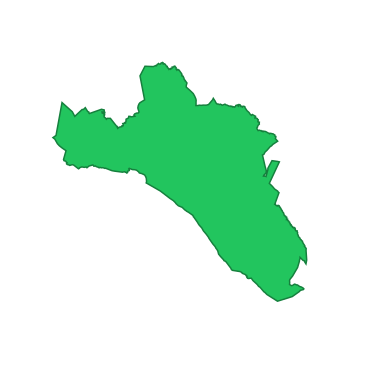 Ringerike nor, Buskerud, Norway, rotated 153°
{"feature_id": "86288312B88500439281521", "entity_name": "Ringerike nor", "entity_type": "district", "adm_level": 2, "iso_a3": "NOR", "parent_name": "Norway", "parent_adm1": "Buskerud", "projection": "albers", "projection_center": [9.963, 60.328], "detail": "fine", "context": "isolated", "style": "filled", "palette": "green", "viewbox_px": 384, "rotation_deg": 153, "n_neighbors": 0, "source": "geoboundaries", "source_scale": "gbopen_adm2", "svg_char_len": 6067}
<svg xmlns="http://www.w3.org/2000/svg" viewBox="0 0 384 384"><g transform="rotate(153 192 192)"><path d="M92.6,198.4L93.5,201.7L92.6,202.6L92.1,203.4L92.6,203.8L92.7,204.3L92.3,205.2L92.9,206.0L93.1,206.7L95.2,208.5L96.3,209.1L96.5,208.8L99.0,212.5L101.2,214.1L101.4,213.6L102.3,214.4L102.5,215.3L103.1,215.5L103.9,216.5L105.2,216.7L105.4,218.9L105.2,219.6L104.0,220.2L103.8,220.7L102.9,221.4L101.2,221.9L100.8,223.0L100.3,223.6L101.4,224.7L100.2,226.3L100.6,226.8L100.5,227.6L100.8,228.2L101.6,229.3L102.3,229.3L102.0,229.9L101.0,230.6L103.1,233.7L104.3,233.3L104.9,235.1L105.1,237.0L106.1,239.6L106.5,243.3L106.2,243.9L106.7,244.7L107.8,245.3L108.5,244.8L108.7,245.3L109.9,246.2L109.3,246.7L109.6,247.3L109.5,247.7L110.4,248.6L111.8,247.5L111.9,247.9L111.4,248.4L111.5,248.8L113.6,249.2L114.6,248.4L115.8,248.4L116.0,249.0L117.1,249.2L117.5,250.3L118.4,250.4L118.5,251.0L120.0,251.7L121.3,253.5L122.3,254.3L122.7,255.3L125.8,255.6L126.0,256.3L126.9,257.4L128.0,257.5L128.7,258.5L129.7,258.9L129.8,259.6L130.1,260.0L130.2,261.3L130.1,262.2L130.5,265.8L131.8,264.8L137.6,262.4L139.9,262.9L142.5,264.3L144.4,265.0L146.2,266.1L147.4,266.3L149.3,267.3L148.6,268.3L147.7,270.1L146.6,272.0L146.3,273.3L146.1,276.2L146.2,279.1L147.7,283.5L149.5,288.0L149.2,288.8L148.6,289.7L147.0,291.4L147.2,292.4L147.4,294.0L147.6,294.1L147.4,294.6L147.8,295.5L147.8,296.1L147.5,296.9L147.4,299.3L147.8,299.8L148.1,299.7L148.3,300.3L147.7,300.9L147.8,301.3L147.5,302.0L148.1,305.8L148.3,306.7L148.7,306.8L149.0,307.7L150.0,307.5L149.9,307.8L150.4,308.4L149.7,310.1L150.1,311.1L150.1,311.9L150.8,312.2L151.7,311.7L153.0,312.4L153.2,312.2L153.4,311.5L154.4,311.2L154.9,311.8L155.6,311.8L155.8,311.3L156.4,311.8L156.9,311.7L156.9,313.2L157.3,313.6L157.3,314.4L157.1,314.9L157.4,315.1L157.3,315.4L157.6,315.5L157.9,318.0L158.4,318.8L159.0,318.8L159.6,319.2L159.4,319.9L159.1,320.2L159.4,320.8L161.2,320.9L161.9,320.3L163.0,320.8L163.5,321.7L164.2,321.4L164.9,321.5L166.3,320.6L166.6,320.7L166.5,321.1L169.5,321.3L176.8,325.4L185.6,319.1L192.4,295.6L197.8,295.2L199.3,294.5L200.7,293.3L201.9,291.8L202.3,290.8L202.8,287.6L203.2,287.1L204.0,286.8L205.6,287.5L207.6,287.6L208.7,287.0L208.6,286.9L208.7,286.3L208.5,285.4L212.2,286.6L212.8,287.5L214.0,288.1L215.0,286.8L217.7,286.8L219.0,284.5L220.3,284.4L220.2,283.7L222.6,284.4L222.7,283.2L223.2,282.3L224.1,282.7L224.2,282.4L224.7,282.5L224.9,282.1L227.4,282.8L229.3,282.4L229.2,283.9L228.9,283.9L228.9,284.5L229.3,284.7L231.3,294.7L234.1,296.1L235.3,295.7L235.4,296.9L236.2,298.8L235.8,299.6L235.2,300.1L235.5,300.3L235.3,300.8L235.1,301.1L234.7,300.8L234.4,301.4L236.2,303.1L235.8,304.2L233.6,302.7L233.4,304.1L233.0,305.0L235.1,306.8L247.9,308.5L248.0,308.9L247.6,310.0L248.4,311.1L248.8,315.6L251.4,314.8L252.4,315.4L262.1,312.6L262.2,317.8L267.2,330.7L287.5,304.1L291.2,303.6L290.2,301.3L290.0,296.2L289.2,293.4L287.8,290.3L285.5,286.0L291.7,279.3L291.6,278.6L291.9,278.2L291.6,277.7L290.7,277.1L290.4,276.4L290.5,275.7L290.0,274.8L291.0,274.1L290.6,273.0L289.9,272.6L288.9,271.2L286.3,270.7L285.3,269.9L282.6,264.2L281.8,264.2L281.1,264.6L278.8,264.4L276.7,262.8L275.0,262.4L274.6,261.3L272.0,261.9L268.0,261.1L267.7,259.5L266.2,259.0L265.8,258.1L263.9,256.2L263.8,255.7L262.7,255.6L261.8,254.7L260.3,254.1L258.9,252.6L258.3,252.5L253.7,247.4L251.2,245.5L244.9,241.2L242.9,240.7L242.5,239.9L241.9,239.7L241.9,239.3L241.4,238.8L241.4,238.5L240.6,238.6L239.8,239.7L238.2,239.6L237.8,240.0L237.9,241.3L237.2,241.6L235.0,239.1L232.8,237.8L231.5,236.6L230.3,233.9L230.4,233.4L230.3,232.9L228.3,231.1L226.6,228.9L226.4,228.4L226.4,227.5L226.3,226.9L226.5,225.0L227.7,222.0L228.7,220.9L219.8,207.3L214.5,196.2L212.6,192.9L211.7,190.2L211.5,188.8L210.4,185.9L207.7,182.8L206.5,179.2L206.0,178.5L205.6,177.4L204.3,175.5L201.8,170.7L201.9,170.4L201.8,169.8L202.0,169.3L201.8,169.0L200.9,162.6L200.8,160.6L200.6,159.1L199.6,155.5L199.5,152.3L198.5,148.1L197.9,144.5L197.9,142.8L197.0,136.1L196.2,132.9L196.2,130.8L195.9,129.7L195.8,127.7L196.5,124.6L195.9,121.7L194.6,117.1L194.7,116.4L193.8,115.2L193.4,114.4L192.0,106.4L192.1,105.0L191.6,103.9L185.1,99.1L184.1,97.5L184.2,97.1L184.1,96.7L181.8,94.1L181.9,93.7L181.7,93.3L181.2,92.8L181.7,92.2L181.3,91.5L181.8,91.0L181.6,90.8L181.7,90.0L181.0,89.3L178.3,88.3L177.9,85.4L176.1,80.6L175.8,79.6L175.5,77.6L175.1,77.1L174.6,76.1L173.2,70.3L172.7,69.6L171.8,66.7L165.4,55.9L150.1,53.3L141.3,54.6L140.2,55.2L137.0,54.5L136.3,54.9L136.6,56.0L137.6,57.6L139.0,59.0L140.2,61.3L140.9,61.6L141.9,62.9L142.6,63.4L144.8,63.1L145.9,63.4L147.1,65.3L146.1,66.9L145.3,68.8L144.6,69.6L140.6,71.4L132.2,76.8L127.6,81.7L127.2,82.5L126.2,83.4L125.4,84.7L124.1,80.6L123.0,79.7L123.3,79.1L123.3,78.1L123.1,76.2L120.7,79.3L117.0,88.0L115.9,89.9L116.4,92.4L116.1,92.4L115.9,92.9L116.2,95.6L116.2,97.3L115.9,98.0L116.5,99.2L116.4,99.7L116.9,100.8L116.8,102.5L117.3,103.4L117.3,104.6L117.1,104.8L117.0,105.7L117.1,106.4L116.9,107.1L116.3,108.0L116.3,109.2L116.0,109.6L117.0,110.2L117.2,110.9L116.8,112.0L117.1,112.3L116.6,112.9L116.6,113.2L117.1,114.0L117.9,113.9L118.1,114.4L118.0,114.7L118.4,114.9L118.2,115.6L118.8,116.7L118.5,117.0L118.5,117.6L119.0,117.5L119.2,118.1L118.9,118.3L119.0,119.4L118.8,119.5L119.0,120.5L118.8,120.8L119.1,121.1L119.0,122.1L119.4,122.5L119.3,123.2L119.6,123.3L119.6,123.8L119.8,123.9L119.8,124.3L120.0,124.4L119.8,124.5L120.0,124.6L119.8,124.7L120.0,124.8L119.3,126.1L119.6,126.4L119.6,127.0L119.4,127.0L119.8,127.6L119.6,127.9L120.0,128.4L120.1,129.1L120.4,129.2L120.2,130.8L119.9,131.5L120.3,133.1L120.1,134.2L120.3,134.7L120.2,134.9L120.4,135.1L120.3,137.3L120.6,138.3L120.5,138.7L120.7,138.8L120.8,139.4L120.6,140.2L121.3,141.0L121.6,141.1L122.1,140.7L122.8,141.3L123.4,142.4L123.2,143.2L123.8,143.5L114.8,151.9L115.2,152.9L115.3,154.0L117.1,157.3L117.8,160.5L119.2,164.6L100.5,179.2L101.9,180.4L106.5,183.6L113.6,178.7L114.3,177.4L119.0,172.2L119.3,172.7L121.1,173.7L120.5,174.3L117.7,175.3L116.8,176.0L116.0,177.7L115.3,181.5L112.4,193.0L110.9,192.9L108.8,194.4L106.3,195.1L101.6,197.0L100.2,197.0L98.5,197.7L92.6,198.4Z" fill="#22c55e" stroke="#15803d" stroke-width="1.5"/></g></svg>